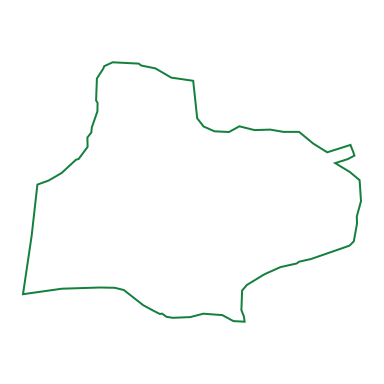 San Miguel Dueñas, Sacatepéquez, Guatemala (orthographic projection)
{"feature_id": "79465075B97668033547878", "entity_name": "San Miguel Dueñas", "entity_type": "district", "adm_level": 2, "iso_a3": "GTM", "parent_name": "Guatemala", "parent_adm1": "Sacatepéquez", "projection": "orthographic", "projection_center": [-90.828, 14.531], "detail": "fine", "context": "isolated", "style": "outline", "palette": "green", "viewbox_px": 384, "rotation_deg": 0, "n_neighbors": 0, "source": "geoboundaries", "source_scale": "gbopen_adm2", "svg_char_len": 1000}
<svg xmlns="http://www.w3.org/2000/svg" viewBox="0 0 384 384"><path d="M23.0,294.2L62.0,288.7L100.2,287.5L114.8,287.8L123.8,290.0L143.2,305.2L153.2,310.6L159.9,314.0L162.0,313.6L166.5,316.8L172.6,317.8L190.3,317.1L203.3,313.7L222.3,315.1L233.4,321.1L244.6,321.7L244.0,316.8L241.4,310.1L242.1,290.6L246.8,285.0L263.7,274.7L266.8,273.2L280.4,267.1L296.6,263.5L299.1,261.7L310.7,259.1L349.6,245.6L353.8,241.3L357.0,223.8L356.8,216.5L361.0,201.1L359.6,180.2L350.1,172.2L335.2,163.1L347.8,159.1L354.4,155.6L353.1,151.5L351.9,148.7L350.5,144.9L344.3,146.9L327.2,152.3L313.4,143.7L299.1,131.9L283.5,131.9L270.2,129.6L254.6,130.1L239.4,126.3L229.0,132.0L214.4,131.3L203.6,126.5L197.2,118.3L193.2,80.8L171.2,77.6L155.4,68.4L141.2,65.5L138.7,63.6L112.6,62.3L104.2,66.2L103.4,68.4L96.9,78.5L96.1,100.5L97.6,103.0L97.4,111.4L91.8,127.5L91.3,132.5L87.4,137.5L87.6,146.9L78.7,158.9L75.9,159.8L61.7,172.9L48.7,180.5L37.4,184.6L31.7,235.4L24.5,284.1L23.0,294.2Z" fill="none" stroke="#15803d" stroke-width="2"/></svg>